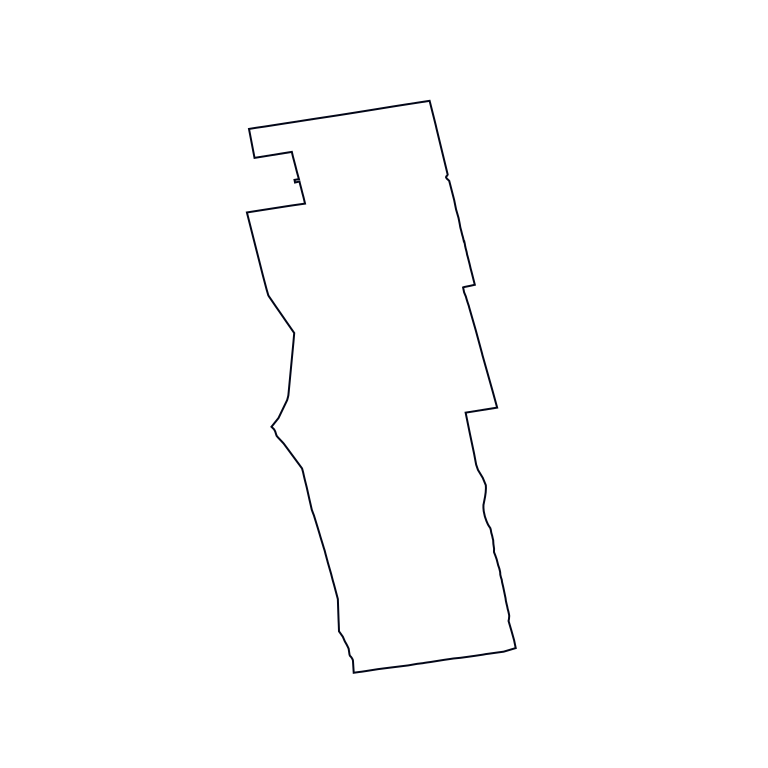 Ulmeni, Buzau, Romania, rotated 20°
{"feature_id": "2599482B81185008860025", "entity_name": "Ulmeni", "entity_type": "district", "adm_level": 2, "iso_a3": "ROU", "parent_name": "Romania", "parent_adm1": "Buzau", "projection": "albers", "projection_center": [26.636, 45.037], "detail": "fine", "context": "isolated", "style": "outline", "palette": "ink", "viewbox_px": 768, "rotation_deg": 20, "n_neighbors": 0, "source": "geoboundaries", "source_scale": "gbopen_adm2", "svg_char_len": 3129}
<svg xmlns="http://www.w3.org/2000/svg" viewBox="0 0 768 768"><g transform="rotate(20 384 384)"><path d="M530.5,481.1L529.2,479.9L527.2,477.8L524.1,474.0L521.2,469.4L519.8,466.4L518.8,463.6L518.7,462.8L517.5,455.2L516.6,451.0L515.4,447.0L514.3,444.3L508.9,438.4L501.7,432.6L498.2,428.3L496.3,425.1L492.4,418.5L481.7,401.3L470.5,383.0L498.4,367.5L488.9,354.1L466.2,322.6L466.0,322.2L451.9,302.2L437.7,282.7L437.2,281.9L435.6,279.9L434.4,278.4L432.5,275.9L431.0,273.8L429.6,272.3L428.6,271.2L427.8,270.3L427.4,269.6L425.3,266.2L426.1,265.5L431.2,262.4L435.4,259.7L427.7,248.4L426.0,246.0L423.4,242.0L420.6,237.9L418.8,235.3L417.9,234.1L416.5,231.7L414.2,228.4L413.7,227.6L413.5,227.2L413.2,226.9L412.8,226.1L412.0,224.7L410.6,222.5L410.3,222.7L409.1,220.8L407.5,218.4L406.7,217.4L404.3,213.8L402.4,211.1L401.6,209.8L401.0,208.7L400.0,207.0L397.2,202.4L392.0,195.3L387.0,187.1L375.8,170.8L373.8,169.9L372.9,169.6L371.7,168.7L371.5,167.7L372.1,166.5L372.2,165.4L366.4,156.7L346.7,127.1L345.9,125.9L344.5,123.7L340.8,118.2L330.0,102.3L309.4,113.6L296.9,120.5L280.1,129.9L264.1,138.8L249.1,147.1L239.4,152.4L226.9,159.2L209.5,168.8L201.8,173.0L194.0,177.3L184.2,182.7L176.5,186.8L169.9,190.5L185.0,215.8L218.0,197.4L220.6,201.4L226.1,209.3L229.5,214.3L232.0,217.8L234.0,220.6L230.1,222.8L231.5,225.1L235.3,222.6L237.0,225.2L238.9,227.9L241.6,231.9L244.6,236.2L248.1,241.5L237.2,247.3L232.6,249.8L224.8,254.1L210.8,261.8L196.5,269.7L218.0,301.3L225.1,311.7L232.7,322.9L241.4,335.4L245.0,340.3L246.0,341.1L249.8,343.8L255.9,348.2L264.7,354.4L271.0,358.9L282.2,366.8L284.6,375.7L289.4,394.2L298.0,427.3L298.2,428.8L298.5,432.2L296.5,452.1L292.9,462.7L296.2,464.2L298.0,465.8L299.6,467.9L300.8,469.4L302.5,470.4L304.7,471.5L310.0,474.2L317.4,479.1L335.9,491.4L338.1,494.5L340.2,497.8L342.3,501.0L346.5,507.2L347.6,508.9L353.6,518.3L353.8,518.6L356.4,522.6L359.1,526.8L361.2,529.3L363.4,531.8L363.5,532.0L370.7,541.5L375.1,547.4L376.4,549.2L381.7,556.2L383.4,558.5L385.2,560.8L386.5,562.7L387.1,563.6L388.6,565.7L389.9,567.6L391.2,569.4L392.0,570.6L399.3,580.6L403.2,586.3L405.4,589.3L414.2,601.9L420.0,616.3L422.3,622.0L423.6,625.1L426.3,631.8L431.8,635.6L434.6,638.6L435.3,639.3L438.0,641.6L439.7,643.2L441.3,644.8L444.1,650.0L444.9,651.0L446.5,651.8L448.0,652.9L449.1,654.0L449.5,654.7L451.9,660.2L454.3,665.7L459.2,663.1L461.2,662.1L464.9,660.1L475.9,654.0L486.4,648.6L503.1,640.1L510.9,635.6L516.1,633.0L517.6,632.1L520.0,630.8L522.7,629.4L535.3,622.4L539.8,620.0L543.1,618.2L549.6,615.1L555.3,612.1L562.3,608.4L569.5,604.5L572.2,602.9L575.1,601.4L583.6,596.9L588.0,594.6L598.1,587.1L593.9,580.3L588.3,572.5L582.7,564.9L582.1,564.1L581.8,562.1L581.0,559.1L580.3,557.8L578.6,555.1L577.1,553.0L575.9,551.0L574.5,548.9L572.7,546.1L571.4,543.6L565.4,533.9L562.7,529.8L561.6,527.7L560.1,525.8L558.5,523.4L557.7,521.5L557.1,520.4L555.5,518.0L554.3,516.5L553.3,515.3L552.5,514.1L549.9,510.3L547.2,507.0L544.9,504.4L544.5,503.4L543.8,501.2L541.5,496.9L540.0,493.4L538.9,491.8L537.6,489.7L535.7,487.1L534.6,485.2L534.5,484.9L533.7,483.8L533.3,483.2L533.1,483.0L532.8,482.8L530.5,481.1Z" fill="none" stroke="#020617" stroke-width="2"/></g></svg>